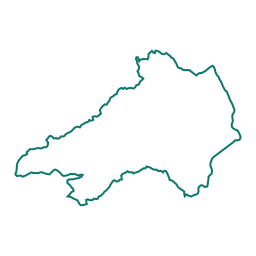 the district of Registro, São Paulo, Brazil
{"feature_id": "56859067B86828019663063", "entity_name": "Registro", "entity_type": "district", "adm_level": 2, "iso_a3": "BRA", "parent_name": "Brazil", "parent_adm1": "São Paulo", "projection": "albers", "projection_center": [-47.856, -24.495], "detail": "fine", "context": "isolated", "style": "outline", "palette": "teal", "viewbox_px": 256, "rotation_deg": 0, "n_neighbors": 0, "source": "geoboundaries", "source_scale": "gbopen_adm2", "svg_char_len": 4026}
<svg xmlns="http://www.w3.org/2000/svg" viewBox="0 0 256 256"><path d="M15.4,174.4L16.7,175.9L18.7,175.8L20.8,175.5L22.4,176.7L25.5,175.6L27.8,174.3L29.8,173.3L31.4,172.4L33.3,173.0L35.1,173.0L37.1,173.2L38.8,172.9L41.1,172.2L42.8,172.5L44.4,173.3L46.9,173.9L49.5,174.4L52.2,171.6L53.9,169.9L55.6,169.6L57.3,170.5L60.1,172.7L62.1,175.2L63.8,176.0L65.9,175.6L68.0,175.1L70.0,174.1L71.9,173.9L73.5,174.1L75.2,174.1L77.0,175.0L78.6,175.6L80.7,174.6L82.6,175.0L81.4,176.8L80.1,177.3L78.4,178.3L76.6,178.3L74.6,179.0L72.6,179.3L70.8,179.3L68.6,179.5L67.2,181.1L67.6,183.3L69.6,184.7L71.2,187.0L73.3,189.3L73.5,191.1L71.4,192.1L69.9,194.2L67.7,196.5L69.2,196.7L71.0,197.0L73.3,198.5L75.0,199.2L77.3,200.3L78.7,202.4L79.4,204.0L81.0,205.3L83.7,204.9L86.7,204.1L86.4,202.6L86.2,199.9L87.9,199.3L89.5,200.1L91.0,200.1L92.6,200.0L93.9,198.6L96.5,199.1L98.0,198.5L98.6,196.6L100.5,196.0L102.0,194.6L103.6,193.0L104.7,191.4L106.4,190.4L107.7,188.7L109.3,187.1L110.2,185.2L111.1,183.9L111.9,182.6L112.8,181.1L114.5,180.2L116.4,181.5L118.5,181.2L119.7,179.7L121.8,179.5L121.6,177.5L121.2,175.6L122.8,173.7L124.3,173.2L126.3,172.3L127.4,171.2L129.4,172.4L131.9,172.2L133.3,173.5L134.7,172.7L136.6,172.3L138.7,171.5L140.2,170.5L141.7,169.5L143.6,168.3L145.4,168.4L146.6,166.5L149.3,167.3L150.8,167.9L152.6,169.1L154.5,169.7L156.6,169.7L158.3,171.1L160.9,170.7L163.0,172.5L164.2,170.8L165.7,171.1L167.2,172.9L168.2,175.7L169.2,178.0L169.6,179.9L171.6,180.4L173.7,181.9L174.9,183.1L176.3,184.1L178.0,187.0L180.1,188.8L182.3,190.1L184.2,191.5L184.3,194.6L184.8,196.1L186.3,194.4L188.4,195.6L191.2,196.5L193.4,195.3L195.7,194.6L197.7,193.6L198.5,191.9L198.4,190.0L198.5,187.5L200.6,185.4L202.4,185.3L204.9,187.0L207.4,186.4L207.9,182.7L208.3,180.1L208.6,176.6L210.1,175.0L211.6,173.8L211.9,171.8L211.9,169.7L211.4,168.2L210.4,165.9L210.4,163.2L212.1,158.7L213.1,157.4L232.6,142.7L234.1,141.3L235.3,140.2L237.2,140.4L239.6,139.7L240.6,137.5L240.0,135.2L238.6,132.2L237.5,130.5L235.2,129.6L233.5,128.5L232.1,127.3L231.7,125.3L232.0,123.3L232.9,121.2L232.6,119.0L232.3,116.9L232.4,115.0L233.2,113.7L234.2,111.7L234.5,109.8L233.8,108.2L232.9,105.6L231.9,103.2L230.4,100.7L229.4,98.5L228.8,96.4L227.5,93.7L226.9,91.7L225.1,90.4L223.8,88.0L222.8,86.0L221.8,83.5L220.8,81.3L219.3,79.0L218.4,76.6L216.8,75.0L216.1,73.5L215.1,71.0L214.9,69.4L214.0,67.2L212.5,65.8L209.9,67.2L208.5,68.4L207.1,69.5L205.7,70.8L203.5,72.0L201.7,73.0L199.4,73.1L197.6,74.2L196.3,75.4L194.5,74.1L192.9,72.9L191.1,71.5L189.1,70.0L186.3,70.1L184.4,70.1L182.7,69.7L181.3,68.3L179.3,68.2L177.6,66.9L176.9,64.8L175.9,62.9L174.6,60.7L173.1,58.4L171.2,57.6L170.5,56.2L169.0,55.3L167.3,53.7L166.1,53.0L164.5,54.1L162.6,54.1L161.1,53.4L159.3,51.8L157.5,50.9L155.4,50.7L154.9,53.1L153.4,52.7L151.9,50.9L150.2,52.5L148.5,54.0L148.5,56.9L147.7,59.2L145.7,59.1L143.0,59.0L140.2,59.8L139.3,61.1L138.5,59.2L138.2,57.5L136.5,57.2L135.9,59.1L137.1,61.2L137.2,63.3L139.1,66.6L138.7,69.5L137.5,71.5L138.4,72.8L139.1,75.9L141.5,77.1L143.3,78.5L142.2,79.8L140.8,80.9L139.7,82.2L138.9,84.4L136.2,85.3L135.5,86.9L133.7,88.5L130.7,87.9L128.4,88.2L126.9,89.0L124.7,87.7L123.2,88.9L121.6,87.9L120.1,88.6L118.5,89.7L117.1,92.5L116.6,94.1L114.7,94.7L113.4,96.1L111.2,97.2L110.0,98.7L109.4,100.9L108.1,102.1L106.8,104.6L104.9,104.4L102.9,105.9L101.6,107.5L99.8,110.0L100.4,112.0L100.9,113.8L99.7,114.6L98.2,116.0L96.8,116.7L94.9,116.2L92.6,116.9L93.3,119.9L90.7,120.8L89.2,120.0L88.5,121.4L87.3,122.3L85.7,122.4L83.8,123.8L82.2,124.5L80.8,125.7L79.9,127.4L77.8,126.7L76.3,126.9L74.3,128.0L73.0,129.6L70.9,131.6L68.1,132.9L65.6,134.3L64.7,135.7L63.5,136.5L61.3,136.3L59.4,138.2L57.4,138.7L56.0,138.0L53.8,138.5L52.3,136.7L50.4,135.8L49.1,136.5L47.6,138.5L46.3,140.1L48.0,142.3L47.8,145.1L47.1,146.5L45.4,147.3L44.0,147.2L42.2,148.0L40.4,148.5L38.5,147.9L35.8,148.6L33.5,149.1L31.7,149.2L29.8,149.2L28.3,150.8L26.7,152.2L27.2,153.9L25.3,155.1L22.8,155.8L21.1,157.6L19.9,159.1L18.8,160.5L17.6,162.7L17.1,164.4L16.8,166.7L16.7,169.3L16.1,172.2L15.4,174.4Z" fill="none" stroke="#0f766e" stroke-width="2"/></svg>